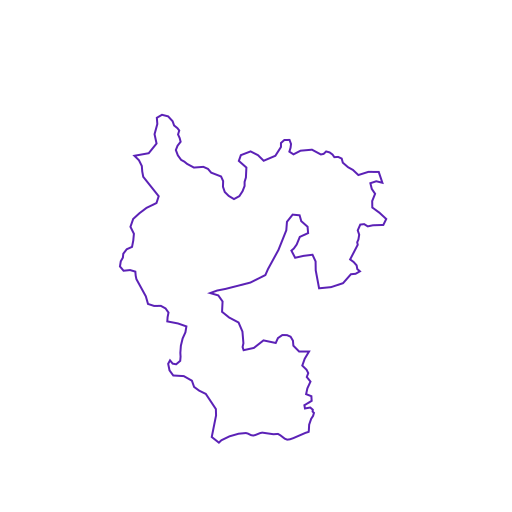 an SVG outline of Sofia, rotated 231°
{"feature_id": "BGR-2244", "entity_name": "Sofia", "entity_type": "Province", "adm_level": 1, "iso_a3": "BGR", "parent_name": "Bulgaria", "parent_adm1": "", "projection": "orthographic", "projection_center": [23.554, 42.64], "detail": "fine", "context": "isolated", "style": "outline", "palette": "violet", "viewbox_px": 512, "rotation_deg": 231, "n_neighbors": 0, "source": "natural_earth", "source_scale": "10m", "svg_char_len": 2949}
<svg xmlns="http://www.w3.org/2000/svg" viewBox="0 0 512 512"><g transform="rotate(231 256 256)"><path d="M86.2,186.2L87.4,183.2L91.0,170.3L92.2,167.0L93.6,164.7L95.9,163.4L101.3,162.1L103.9,161.1L106.5,157.4L114.8,149.7L115.8,147.7L117.3,142.8L118.2,140.9L119.9,139.4L123.2,137.9L124.8,136.7L128.8,130.7L132.5,122.0L134.6,113.1L134.3,109.7L143.2,107.7L157.2,124.6L162.3,128.5L180.4,130.2L187.1,127.1L193.2,125.5L199.4,127.7L208.1,124.3L215.2,116.5L221.5,116.8L227.5,119.9L229.0,123.5L224.8,123.5L222.1,125.8L222.2,131.1L225.2,134.0L228.4,136.3L233.6,141.2L238.1,147.1L241.1,153.1L245.1,157.6L252.7,152.9L261.0,145.9L264.1,148.8L267.1,152.4L272.2,152.7L277.1,150.7L281.3,145.4L286.7,141.9L294.0,145.0L313.3,148.5L316.4,150.1L319.8,152.4L324.3,149.3L327.9,143.8L333.5,143.7L337.0,147.6L338.5,151.5L341.3,154.3L342.6,159.8L341.1,165.4L345.2,170.3L350.1,175.1L357.7,176.8L362.1,183.9L362.6,192.6L362.3,201.2L359.8,212.0L363.7,218.0L388.5,218.2L393.3,220.8L397.8,223.9L404.1,225.3L410.4,224.6L403.4,237.3L406.0,249.5L414.5,253.8L420.7,262.4L425.8,265.9L424.9,271.8L419.8,275.6L413.2,276.0L409.0,274.5L404.8,275.4L401.8,275.3L399.5,271.9L395.7,270.9L392.2,269.3L391.1,264.5L388.8,260.4L383.4,258.6L377.8,258.3L374.4,259.7L371.0,260.4L363.8,263.4L358.4,271.2L353.9,273.5L349.0,273.6L339.8,278.9L334.9,277.6L330.6,273.9L325.4,272.0L319.9,272.6L314.1,274.7L313.0,280.7L314.8,286.3L317.6,291.2L320.8,293.8L323.3,297.5L330.8,304.2L340.7,302.5L343.9,307.7L340.7,317.6L333.1,321.0L325.2,321.9L321.7,334.1L325.0,344.0L328.1,346.5L328.3,351.0L325.1,355.1L321.0,353.7L318.4,351.0L316.1,347.6L311.4,349.1L309.8,356.9L303.4,366.4L294.1,370.3L292.8,372.8L293.1,376.3L290.2,378.4L286.7,379.3L283.5,379.1L281.3,382.2L277.8,383.9L273.9,382.2L267.1,383.4L261.9,385.5L254.5,386.5L250.7,396.2L244.1,404.3L233.4,400.3L238.4,396.5L240.6,390.7L235.3,388.2L229.4,387.7L225.6,380.9L220.5,376.9L211.7,379.2L202.8,380.5L200.0,374.5L206.3,366.2L208.7,361.5L212.7,360.1L214.8,356.8L211.9,351.2L207.6,349.6L204.4,346.0L203.0,343.3L200.7,342.1L194.1,327.0L189.9,328.1L185.4,328.3L182.1,326.5L178.7,327.1L179.5,322.2L182.1,318.3L180.1,306.6L184.6,294.7L191.2,284.7L207.3,293.4L214.3,298.9L221.4,300.7L226.2,293.0L230.0,285.3L237.9,286.9L238.0,290.1L239.3,294.8L243.3,302.1L241.0,310.9L246.3,314.5L254.6,313.1L260.2,315.5L265.1,310.5L263.1,301.6L256.9,295.7L246.6,277.3L238.3,257.1L235.3,251.3L238.9,234.9L249.6,211.6L253.6,204.1L256.0,197.1L249.1,201.9L241.7,201.4L234.0,194.5L225.1,196.4L215.3,200.6L205.8,197.9L196.1,191.3L193.7,188.3L190.6,187.1L185.9,196.5L185.7,208.7L176.0,216.6L178.4,221.4L178.0,226.7L175.0,230.3L171.5,232.1L166.9,231.4L162.8,228.6L154.6,229.4L148.4,237.1L145.5,229.2L141.7,223.0L135.8,223.7L132.1,222.9L130.0,219.3L124.1,219.3L120.8,212.6L117.1,208.0L112.2,210.8L108.4,208.1L109.6,199.7L106.7,198.1L104.1,202.8L100.8,203.4L99.5,202.1L97.6,202.3L95.8,199.7L94.8,196.5L91.5,191.2L87.2,187.3L86.2,186.2Z" fill="none" stroke="#5b21b6" stroke-width="2"/></g></svg>